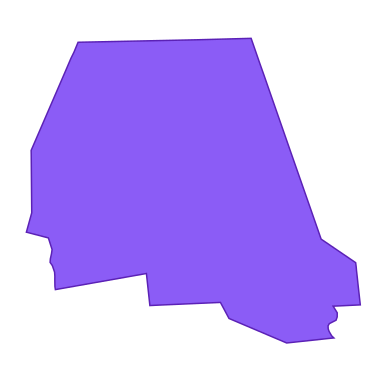 Regeneração, Piauí, Brazil, rotated 179°
{"feature_id": "56859067B83556019928691", "entity_name": "Regeneração", "entity_type": "district", "adm_level": 2, "iso_a3": "BRA", "parent_name": "Brazil", "parent_adm1": "Piauí", "projection": "natural_earth1", "projection_center": [-42.521, -6.346], "detail": "fine", "context": "isolated", "style": "filled", "palette": "violet", "viewbox_px": 384, "rotation_deg": 179, "n_neighbors": 0, "source": "geoboundaries", "source_scale": "gbopen_adm2", "svg_char_len": 809}
<svg xmlns="http://www.w3.org/2000/svg" viewBox="0 0 384 384"><g transform="rotate(179 192 192)"><path d="M121.9,319.2L130.2,344.6L173.7,344.2L185.0,344.1L210.6,344.0L303.3,343.7L307.6,333.8L310.6,328.0L316.3,315.3L352.1,236.4L352.1,232.5L352.6,174.0L358.3,154.7L336.4,148.6L334.2,141.2L332.9,136.9L333.6,132.6L334.8,127.6L335.1,124.1L332.9,120.8L330.8,114.3L330.6,110.1L330.7,106.4L330.7,99.9L330.3,96.8L239.0,111.3L236.1,79.2L227.0,79.5L165.5,81.1L157.2,64.9L100.0,39.4L58.7,43.1L52.7,43.6L54.9,45.8L57.3,50.1L58.2,52.7L58.3,55.8L57.0,58.0L53.7,59.6L50.2,61.3L49.0,64.6L48.9,68.7L52.9,75.4L41.7,75.7L38.9,75.8L25.7,76.2L27.7,97.6L28.2,103.4L28.9,110.7L29.1,113.9L29.6,118.5L63.7,142.6L72.7,170.0L93.1,231.8L114.1,295.7L118.0,307.6L121.9,319.2Z" fill="#8b5cf6" stroke="#5b21b6" stroke-width="1.5"/></g></svg>